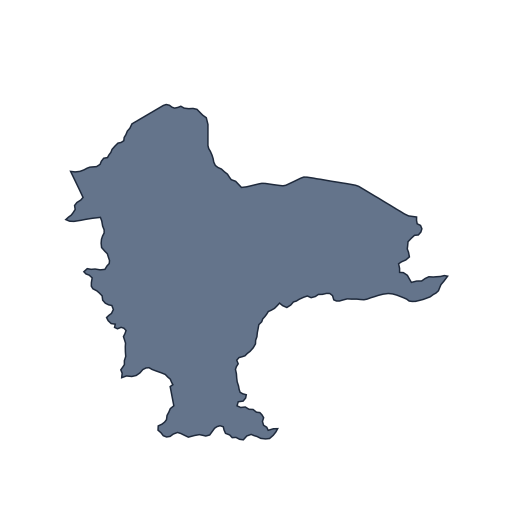 Barrolândia, Tocantins, Brazil (Mercator projection), rotated 248°
{"feature_id": "56859067B29038650995578", "entity_name": "Barrolândia", "entity_type": "district", "adm_level": 2, "iso_a3": "BRA", "parent_name": "Brazil", "parent_adm1": "Tocantins", "projection": "mercator", "projection_center": [-48.818, -9.896], "detail": "fine", "context": "isolated", "style": "filled", "palette": "slate", "viewbox_px": 512, "rotation_deg": 248, "n_neighbors": 0, "source": "geoboundaries", "source_scale": "gbopen_adm2", "svg_char_len": 4451}
<svg xmlns="http://www.w3.org/2000/svg" viewBox="0 0 512 512"><g transform="rotate(248 256 256)"><path d="M232.0,419.5L236.0,412.5L239.5,409.3L242.8,406.9L246.8,403.8L252.0,400.0L258.6,395.0L263.8,391.2L267.1,388.6L273.5,383.8L277.1,381.1L282.1,377.3L284.3,374.8L287.0,370.6L289.5,366.6L291.5,363.2L293.4,360.1L296.8,354.4L298.6,351.5L300.8,348.0L302.9,344.7L304.8,341.3L306.6,338.6L310.0,332.8L311.3,329.8L311.4,326.5L311.1,322.1L310.9,319.2L310.6,313.9L310.4,310.1L311.0,307.2L312.9,303.7L315.5,299.1L317.5,295.7L319.9,291.6L321.2,288.6L321.8,285.6L322.5,280.9L323.1,276.8L323.7,273.0L325.0,268.2L332.9,265.1L336.1,261.6L339.3,260.8L342.6,260.2L345.8,258.3L349.6,256.5L352.4,253.8L355.2,252.2L358.9,252.0L362.3,252.7L365.9,253.0L369.9,252.9L373.3,252.4L376.4,252.8L395.9,260.7L402.8,261.7L406.4,259.4L409.7,258.0L414.1,256.2L416.4,252.9L417.8,248.8L420.0,244.8L423.0,242.4L423.0,239.4L423.6,235.9L425.5,233.8L428.2,232.2L430.1,229.5L430.3,226.5L425.0,190.5L421.7,186.9L420.0,183.5L417.2,180.8L415.3,178.2L412.4,176.6L411.8,173.4L412.4,170.3L410.8,166.5L408.8,162.5L406.4,160.2L404.8,157.5L402.9,155.2L403.7,151.4L401.8,148.1L399.4,145.8L398.6,141.7L399.7,138.2L400.6,135.3L400.7,132.3L400.3,128.8L400.4,124.5L401.7,119.8L403.9,115.8L383.9,117.1L375.1,117.6L373.5,114.5L372.7,110.0L370.8,106.7L366.9,105.8L364.7,102.7L363.1,100.0L362.3,96.8L361.0,93.3L358.1,96.2L356.3,100.1L355.4,104.0L354.7,107.0L353.8,111.8L352.2,118.7L350.1,126.2L346.2,126.1L341.2,125.0L337.1,125.0L334.2,123.8L332.1,121.3L329.4,119.0L325.9,117.2L321.7,116.0L317.1,117.6L313.8,119.0L310.3,118.7L306.7,118.5L304.0,117.1L302.6,114.1L300.2,110.9L301.5,106.4L304.2,101.9L305.4,98.1L307.5,94.8L305.9,90.5L303.1,91.6L300.7,94.2L297.1,95.9L293.0,93.4L289.7,92.0L286.7,92.5L283.3,95.4L280.4,96.9L276.7,98.4L272.5,97.3L268.7,98.6L266.0,101.0L264.1,103.8L259.8,103.7L256.9,100.5L256.1,97.4L254.9,94.4L251.4,94.7L247.6,96.4L245.5,100.0L242.8,98.1L240.4,100.3L240.4,104.2L238.5,106.5L235.6,107.6L233.1,105.4L230.9,102.9L227.7,102.7L224.1,102.4L220.8,100.8L216.1,99.0L211.7,97.6L208.2,94.7L204.6,93.3L202.7,90.5L201.1,88.0L197.5,88.0L193.5,85.9L193.3,91.0L190.8,95.7L190.1,100.2L191.1,104.6L193.1,108.5L193.4,112.1L192.5,115.0L189.8,117.1L187.0,120.1L183.3,124.3L180.2,127.5L176.7,128.9L173.9,130.4L170.8,130.4L167.8,130.7L167.1,127.5L147.9,123.7L146.6,119.4L143.9,116.7L141.5,113.8L137.8,111.7L136.2,109.0L135.3,105.8L135.1,101.7L131.2,99.9L127.7,101.7L124.1,102.7L121.7,105.3L120.9,108.8L121.9,112.6L121.8,117.1L119.6,119.8L116.9,122.2L113.4,125.4L112.6,131.8L111.6,136.6L109.6,139.6L107.9,142.0L107.4,146.0L109.7,149.7L111.8,153.1L112.4,155.9L112.1,159.1L109.9,161.7L106.7,161.2L103.0,161.3L99.9,164.6L96.5,165.9L95.3,169.5L92.2,172.1L90.3,175.4L92.6,180.1L92.4,184.7L90.2,186.9L88.3,189.3L85.1,192.1L82.8,196.4L81.7,200.2L83.3,204.8L85.4,208.5L87.8,211.4L89.3,207.4L89.8,202.0L93.2,201.8L96.2,199.6L100.2,200.0L103.2,202.5L106.6,202.0L109.4,200.9L111.0,197.9L114.8,195.8L116.5,192.1L120.0,189.5L121.3,185.0L124.2,182.3L127.5,184.9L126.3,189.7L128.2,193.2L131.0,195.0L133.2,192.1L135.6,190.2L138.7,190.4L142.0,191.1L146.3,191.4L150.1,192.4L154.1,193.7L158.6,194.5L160.8,196.4L162.7,199.1L166.6,199.1L168.2,202.2L167.8,205.4L167.6,208.4L168.9,211.4L169.8,214.7L171.9,219.0L174.7,222.6L178.0,224.1L180.8,226.6L184.6,228.6L188.1,230.9L191.3,232.9L192.9,236.7L195.1,238.6L196.5,241.5L198.0,244.0L199.9,246.6L200.0,249.6L200.5,253.5L201.9,256.8L203.5,260.2L200.0,262.1L196.7,265.3L197.5,269.8L199.4,273.5L199.1,276.5L199.7,279.9L199.9,284.7L199.7,288.6L196.7,291.5L196.2,295.9L197.0,299.4L195.6,303.0L194.9,307.4L193.6,310.4L190.6,312.1L186.2,311.7L184.1,313.8L183.0,316.6L182.7,319.7L182.1,324.5L180.3,328.3L178.3,333.3L176.5,336.6L175.0,339.7L174.4,342.9L174.3,346.9L173.9,350.9L173.7,354.4L173.0,359.6L171.7,364.6L169.7,368.4L167.0,371.9L163.8,375.3L161.7,377.5L159.5,379.6L156.9,381.1L155.4,383.7L154.2,386.8L153.6,390.9L153.1,394.7L153.0,398.1L152.9,402.2L153.9,406.0L154.2,408.9L155.4,412.1L157.8,414.4L160.2,416.8L162.1,420.5L163.8,423.3L165.5,426.1L167.3,423.3L167.9,419.4L169.2,415.5L170.1,412.5L172.0,408.5L171.8,404.5L170.8,400.2L172.6,395.5L173.3,390.2L177.3,389.6L181.4,389.1L185.4,386.4L187.0,383.0L190.8,384.5L195.4,385.3L196.1,388.8L196.2,393.4L197.7,397.9L202.3,398.8L205.9,398.9L208.4,400.3L212.3,402.3L214.3,406.7L215.8,410.7L214.7,414.4L216.4,417.8L219.1,420.0L222.7,420.0L225.5,417.5L228.9,418.2L232.0,419.5Z" fill="#64748b" stroke="#1e293b" stroke-width="1.5"/></g></svg>